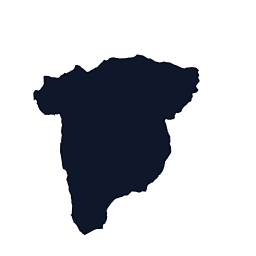 Holbav, Brasov, Romania (Mercator projection), rotated 156°
{"feature_id": "2599482B87347061012561", "entity_name": "Holbav", "entity_type": "district", "adm_level": 2, "iso_a3": "ROU", "parent_name": "Romania", "parent_adm1": "Brasov", "projection": "mercator", "projection_center": [25.358, 45.68], "detail": "fine", "context": "isolated", "style": "filled", "palette": "ink", "viewbox_px": 256, "rotation_deg": 156, "n_neighbors": 0, "source": "geoboundaries", "source_scale": "gbopen_adm2", "svg_char_len": 5836}
<svg xmlns="http://www.w3.org/2000/svg" viewBox="0 0 256 256"><g transform="rotate(156 128 128)"><path d="M150.3,205.9L152.3,203.7L153.2,203.2L155.4,202.7L156.7,202.8L159.5,202.3L160.6,202.5L161.8,202.2L162.9,202.2L163.9,201.9L163.9,202.3L163.3,203.1L163.5,203.3L163.8,203.3L164.7,202.9L165.9,202.6L167.6,202.7L168.5,202.3L169.6,201.6L170.7,201.4L171.9,201.7L172.9,202.1L173.8,202.8L174.7,203.3L175.3,203.9L176.0,204.0L177.8,204.9L179.4,206.9L180.8,207.7L181.3,207.9L181.8,208.4L182.3,208.3L182.7,208.7L183.5,208.9L183.8,208.6L184.1,207.7L184.5,207.0L184.5,206.3L184.6,205.7L185.2,205.1L185.4,204.6L185.7,203.3L186.1,202.6L186.6,201.9L188.4,200.3L190.5,199.4L191.6,198.6L192.7,198.0L193.9,198.0L194.5,197.8L195.5,197.8L195.9,198.8L197.4,199.6L197.9,199.3L198.3,198.8L199.9,197.8L199.9,197.3L201.7,192.4L200.8,192.5L199.9,192.5L200.0,191.4L199.6,190.1L199.6,189.8L199.5,189.4L199.8,188.7L200.6,187.5L200.5,186.3L200.3,186.2L200.3,185.5L200.7,183.9L200.7,183.3L200.5,183.1L200.5,182.5L200.6,182.3L200.5,181.3L200.6,180.9L200.6,180.6L200.3,179.8L200.1,179.6L200.0,179.0L199.7,177.9L198.3,175.4L198.2,174.5L197.5,174.1L196.3,173.7L194.7,172.9L193.2,172.4L192.3,172.4L191.2,171.5L190.0,171.0L189.8,170.9L189.7,170.4L188.4,171.0L187.7,170.7L187.1,169.9L186.5,169.7L185.9,170.0L185.5,169.9L184.7,169.3L184.1,168.8L184.0,168.1L184.3,166.0L184.2,164.3L184.3,163.4L184.7,162.2L185.6,161.0L186.3,157.0L188.2,154.8L188.4,154.1L189.3,153.0L189.7,151.2L190.1,151.3L190.6,148.0L191.2,147.4L193.2,144.0L194.3,141.5L195.5,141.1L198.3,135.3L199.4,132.7L199.3,131.9L201.8,122.9L202.8,119.9L203.2,117.3L202.0,116.0L201.2,114.0L201.2,112.6L201.7,111.4L201.6,109.0L204.0,106.5L204.8,105.0L204.3,104.5L204.6,103.4L205.2,100.7L205.3,98.1L206.2,96.6L206.8,94.9L206.9,92.9L206.9,89.0L207.6,88.0L208.5,84.3L209.3,83.0L209.7,79.8L213.6,72.2L214.2,71.3L214.9,71.4L214.6,69.6L215.1,67.4L215.1,65.1L215.3,63.9L214.6,62.9L213.7,60.0L213.3,53.4L212.5,52.8L212.5,52.4L211.6,49.8L210.9,49.3L210.8,48.6L200.2,49.4L197.0,49.1L195.2,48.2L192.2,47.1L191.8,48.6L190.7,50.0L189.8,50.8L187.9,50.8L187.6,51.6L186.0,52.5L184.3,54.6L183.7,55.8L184.0,56.6L183.1,57.7L182.5,58.6L182.4,59.0L182.1,60.9L181.5,62.0L181.1,62.5L179.9,63.4L179.4,63.6L179.0,64.1L176.0,65.7L174.5,66.8L172.6,67.4L169.8,68.8L169.5,69.1L169.5,68.9L169.3,68.8L167.8,69.1L166.8,69.1L164.7,68.6L163.9,68.8L161.4,68.2L159.5,68.5L158.0,68.3L157.2,68.1L156.4,67.5L156.0,67.4L155.3,67.6L154.5,67.6L153.7,68.1L152.2,68.5L151.8,68.8L150.4,69.3L149.0,68.8L148.2,68.1L146.2,67.2L145.7,66.8L144.9,65.9L143.8,65.2L142.7,64.9L141.5,65.2L140.9,65.2L139.9,64.8L138.0,63.6L137.6,63.5L137.3,63.9L136.3,64.9L135.5,66.4L133.8,68.1L133.2,68.5L132.2,68.8L131.0,68.8L130.3,69.2L129.7,69.3L128.9,69.3L127.6,69.0L127.2,69.1L124.2,70.6L123.0,70.7L121.2,71.6L120.7,71.6L120.4,72.4L120.1,72.7L118.3,73.2L117.5,73.2L117.3,73.3L117.1,73.9L115.8,74.2L115.4,74.4L114.6,75.0L114.0,75.6L113.5,75.8L113.6,76.3L113.0,76.8L112.6,76.9L110.8,78.9L110.5,79.3L110.0,80.3L109.5,80.8L108.2,83.1L107.0,83.4L106.1,84.2L104.9,84.6L104.0,85.4L103.2,85.8L100.8,87.5L100.2,87.6L99.4,88.6L99.0,88.8L98.5,89.7L98.3,90.6L97.6,92.3L97.3,92.6L97.1,93.5L97.1,96.9L96.8,97.2L96.3,97.9L95.6,98.4L93.6,103.3L93.7,104.3L94.0,104.8L93.8,105.2L93.8,106.1L94.0,106.7L93.7,107.4L94.0,107.9L93.9,108.8L93.3,110.3L93.4,111.1L93.2,111.7L93.1,112.5L92.8,113.2L92.5,115.6L92.3,116.3L92.4,117.8L92.3,118.4L92.5,118.8L92.4,119.1L92.8,119.2L92.7,119.8L92.8,120.3L91.7,120.4L91.4,120.6L90.6,121.4L90.1,121.4L89.4,121.7L89.0,121.5L87.8,120.0L85.5,118.9L84.4,118.7L83.7,118.8L83.1,118.4L82.7,118.3L82.0,118.6L81.4,119.0L81.3,120.5L81.3,120.8L81.1,121.0L80.0,121.4L79.7,122.0L79.1,122.3L78.1,123.1L76.9,122.6L75.8,121.9L73.0,122.0L72.4,122.4L72.3,123.2L71.8,123.6L71.2,123.9L70.3,124.1L69.4,124.9L68.1,125.3L67.5,125.7L65.7,126.0L64.0,126.6L63.9,126.8L63.9,127.2L63.8,127.4L62.6,127.2L61.7,127.5L60.1,127.5L59.6,127.8L59.3,128.0L58.8,128.8L58.8,129.4L56.8,130.6L56.4,131.2L56.6,132.3L56.0,133.5L55.8,133.6L55.2,133.9L53.7,134.0L52.6,133.6L51.8,133.5L51.3,133.7L50.8,133.4L50.5,133.7L49.4,134.0L49.2,134.2L48.9,134.8L49.3,135.5L49.6,136.7L49.6,137.5L49.7,138.2L49.2,139.4L47.5,140.5L46.5,140.8L45.1,141.7L44.4,141.9L44.1,142.2L44.0,143.2L44.2,144.1L44.2,145.1L44.1,146.1L43.8,146.4L43.0,146.8L42.1,147.7L42.1,148.4L42.4,149.4L42.2,150.3L41.8,151.4L41.5,151.8L40.7,152.0L40.7,152.4L41.8,154.8L43.1,155.8L44.3,156.5L44.9,156.6L45.3,157.1L48.6,158.0L49.3,158.4L49.6,158.4L50.1,158.7L51.5,158.6L52.9,158.8L53.8,159.8L54.5,160.2L55.6,161.4L56.3,162.0L58.3,164.5L58.7,164.7L58.9,165.1L59.5,165.7L60.2,165.8L60.5,166.2L60.6,166.7L61.7,168.1L62.3,168.3L62.8,169.5L63.4,170.1L63.9,170.3L64.3,170.8L64.7,170.7L65.3,170.8L65.6,171.2L65.9,171.7L66.5,171.7L66.8,172.1L67.4,172.2L67.7,172.4L67.9,173.1L68.2,173.2L68.8,173.3L69.4,173.7L70.4,173.6L71.5,173.9L71.9,174.2L73.1,174.4L74.6,175.8L77.0,177.5L77.4,178.0L77.5,178.8L78.0,179.6L78.7,180.2L79.4,181.4L79.8,181.6L80.0,182.0L80.6,181.9L82.0,182.9L83.0,184.1L84.7,186.8L85.0,187.1L85.8,188.1L86.8,188.4L87.8,189.3L88.7,189.7L89.2,190.3L90.0,190.7L90.3,190.7L91.7,190.0L93.4,189.9L94.3,189.6L95.8,190.3L98.4,190.8L98.7,191.4L99.5,191.2L100.5,191.7L102.2,192.1L102.6,192.0L103.3,192.3L103.4,192.6L104.0,192.6L104.4,193.1L104.9,193.1L105.7,193.6L106.5,193.7L108.9,195.0L109.7,195.7L110.6,196.0L110.8,196.3L111.2,196.3L111.9,197.1L112.0,197.4L113.3,197.9L113.7,197.7L114.0,198.1L114.8,198.4L117.1,198.4L117.9,197.9L118.8,197.6L119.4,197.7L120.5,197.7L121.1,198.0L121.5,198.6L121.9,199.0L122.5,199.0L123.0,198.9L124.6,197.9L127.3,197.2L128.1,196.5L129.6,196.2L131.2,195.2L132.2,195.5L133.7,195.6L136.3,195.1L137.8,195.3L139.4,194.7L139.8,194.8L141.1,194.7L142.2,195.0L142.8,195.0L143.4,195.7L143.9,196.4L144.1,197.1L145.4,199.9L146.9,202.4L147.0,203.0L147.3,203.9L149.4,205.8L150.3,205.9Z" fill="#0f172a" stroke="#020617" stroke-width="1.5"/></g></svg>